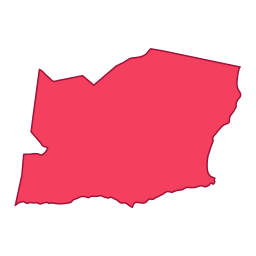 Santa Cruz Cabrália, Bahia, Brazil
{"feature_id": "56859067B8048153730728", "entity_name": "Santa Cruz Cabrália", "entity_type": "district", "adm_level": 2, "iso_a3": "BRA", "parent_name": "Brazil", "parent_adm1": "Bahia", "projection": "albers", "projection_center": [-39.188, -16.225], "detail": "fine", "context": "isolated", "style": "filled", "palette": "rose", "viewbox_px": 256, "rotation_deg": 0, "n_neighbors": 0, "source": "geoboundaries", "source_scale": "gbopen_adm2", "svg_char_len": 3165}
<svg xmlns="http://www.w3.org/2000/svg" viewBox="0 0 256 256"><path d="M39.4,69.6L33.4,113.9L31.1,131.8L40.8,143.1L41.8,144.9L43.3,146.2L44.7,146.7L46.1,147.0L47.6,147.7L46.9,149.8L45.9,151.6L44.7,152.8L43.8,153.7L42.6,154.5L41.4,155.0L39.7,154.7L38.4,153.9L36.5,153.7L34.9,153.7L33.2,153.7L31.1,154.1L29.8,154.2L28.5,154.2L27.1,154.3L25.2,154.1L23.7,154.5L21.9,175.2L15.4,205.1L16.5,204.5L17.9,203.2L19.8,202.4L21.6,201.9L23.3,201.6L24.7,202.1L25.9,203.0L28.0,203.2L29.6,202.6L31.3,202.6L32.9,202.9L34.2,202.9L36.0,202.6L38.1,203.2L39.8,203.9L41.2,203.8L42.6,203.3L44.4,202.8L46.6,202.3L49.1,203.4L51.3,202.9L53.8,203.2L55.4,203.5L56.8,203.6L58.3,203.8L59.7,203.8L61.9,203.7L64.5,203.5L66.7,203.2L69.0,202.8L70.8,202.4L72.3,200.9L73.8,199.4L75.8,198.9L77.2,198.4L78.6,197.7L79.8,197.1L81.2,196.6L83.3,196.5L85.3,196.6L86.9,197.2L88.3,197.7L89.9,197.0L91.5,196.2L93.2,196.4L95.3,196.4L96.7,196.4L98.2,196.1L100.0,195.7L102.0,196.0L103.7,196.9L105.4,197.3L107.0,197.8L108.4,198.1L110.3,197.2L112.4,197.6L113.8,198.6L115.1,199.2L116.6,199.8L118.0,200.9L119.8,202.4L121.7,203.1L123.2,202.9L125.3,202.9L126.8,203.7L128.2,204.8L129.6,205.8L130.8,206.6L132.3,207.2L133.4,204.5L134.2,203.5L135.6,202.2L142.8,203.1L144.9,202.8L146.5,201.7L147.3,200.6L148.5,199.5L150.0,198.8L151.4,199.4L152.8,199.3L154.1,198.8L155.2,197.9L156.8,197.2L158.8,196.2L160.8,195.1L162.7,194.4L164.4,193.1L165.6,192.3L167.2,191.5L169.3,191.7L172.0,192.4L173.4,191.7L175.0,191.1L176.8,190.5L178.7,190.2L180.4,190.0L181.9,189.8L183.3,189.1L185.5,187.9L187.6,187.2L189.2,187.6L190.8,187.6L192.4,187.6L194.0,187.6L196.1,187.1L198.6,186.3L200.5,185.8L202.4,185.8L204.4,186.8L206.6,186.5L207.8,185.8L209.5,185.0L210.0,183.4L211.4,183.2L213.1,184.2L214.4,183.0L214.8,181.7L214.2,179.8L214.8,178.2L213.6,177.7L211.7,176.9L210.3,176.1L209.3,175.0L208.3,173.4L207.6,171.2L207.2,168.8L207.1,166.7L207.1,163.9L207.2,161.4L207.4,159.7L207.6,158.0L207.9,156.2L208.4,154.7L208.8,153.4L209.2,152.1L209.8,150.5L210.2,149.0L210.6,147.6L211.3,145.8L212.0,143.8L212.7,142.2L213.1,140.9L212.7,139.0L212.9,137.4L214.0,135.7L215.5,134.1L216.6,132.6L217.4,131.5L218.5,130.2L219.5,129.2L220.4,128.2L221.4,127.0L222.4,126.0L224.1,124.8L226.0,124.0L227.3,123.6L228.9,122.6L229.4,120.8L229.4,119.2L229.7,117.7L230.1,116.3L231.0,114.8L231.9,113.7L232.8,112.5L233.6,111.4L234.3,110.2L234.8,109.0L236.0,107.3L236.1,105.5L236.1,103.4L236.8,101.5L238.2,99.1L239.7,97.5L240.6,95.9L240.6,94.1L239.9,92.3L238.9,90.7L237.8,88.9L237.2,86.6L236.9,84.5L236.9,82.4L237.1,80.1L237.2,78.8L237.5,77.2L237.6,75.9L237.7,74.5L238.0,73.0L238.4,71.5L238.7,70.0L239.3,68.3L240.0,67.0L163.3,51.0L150.6,48.8L148.5,51.2L147.3,52.7L146.0,54.2L144.0,55.4L142.2,56.3L140.2,56.9L137.6,57.3L136.1,57.6L134.8,57.7L133.0,57.9L130.6,58.3L128.9,59.1L127.3,60.1L125.6,61.2L123.9,62.3L122.2,63.1L120.3,64.0L118.9,64.7L117.6,65.4L116.1,66.1L93.8,85.2L82.6,75.7L80.8,76.0L79.4,76.3L77.2,76.8L75.7,77.1L73.8,77.4L72.3,77.8L69.9,78.2L66.4,78.9L63.5,79.5L60.9,80.0L59.7,80.2L57.6,80.7L56.2,81.0L54.9,81.3L53.2,81.3L51.9,80.5L50.6,79.2L48.2,77.0L46.2,75.2L44.6,73.7L43.4,72.4L42.2,71.3L40.8,70.1L39.4,69.6Z" fill="#f43f5e" stroke="#9f1239" stroke-width="1.5"/></svg>